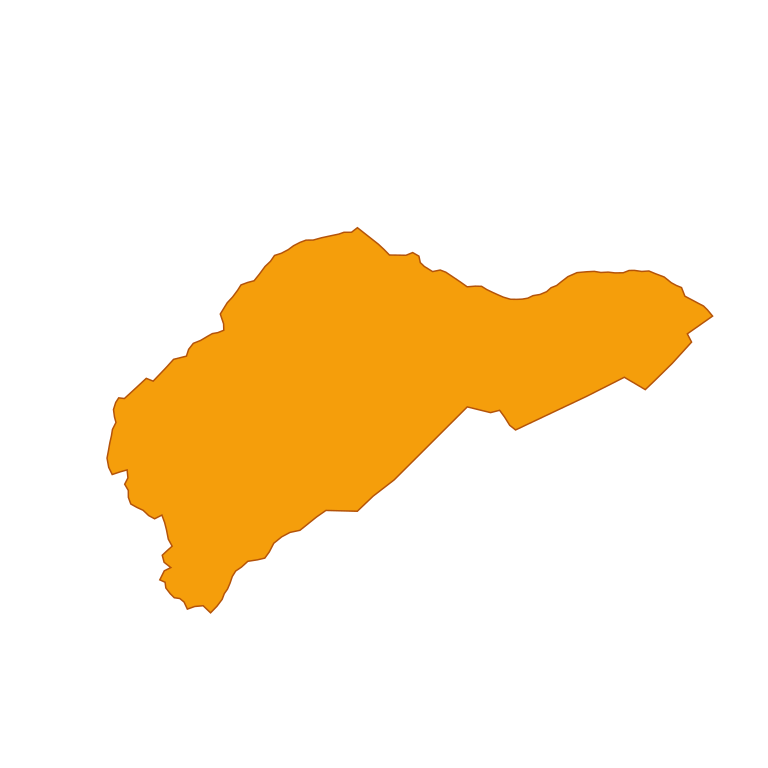 Quixabeira, Bahia, Brazil, rotated 51°
{"feature_id": "56859067B9726767352662", "entity_name": "Quixabeira", "entity_type": "district", "adm_level": 2, "iso_a3": "BRA", "parent_name": "Brazil", "parent_adm1": "Bahia", "projection": "mercator", "projection_center": [-40.125, -11.381], "detail": "fine", "context": "isolated", "style": "filled", "palette": "amber", "viewbox_px": 768, "rotation_deg": 51, "n_neighbors": 0, "source": "geoboundaries", "source_scale": "gbopen_adm2", "svg_char_len": 2224}
<svg xmlns="http://www.w3.org/2000/svg" viewBox="0 0 768 768"><g transform="rotate(51 384 384)"><path d="M438.2,139.3L433.8,145.3L428.8,149.7L424.5,155.6L418.9,163.9L416.3,173.5L416.1,181.8L416.1,187.9L414.3,193.6L414.6,199.5L412.6,206.4L409.1,212.6L407.8,218.2L405.0,223.2L401.8,227.5L397.7,232.4L391.6,236.6L386.4,239.3L381.2,241.9L375.3,244.7L369.5,246.7L365.4,251.5L360.8,258.2L352.9,260.4L344.4,263.0L336.0,265.6L330.8,268.6L327.2,275.5L318.0,278.7L312.5,279.4L306.6,276.4L299.9,279.0L297.8,285.9L292.6,292.1L287.2,298.6L279.6,299.3L271.8,300.4L245.8,306.3L245.6,313.8L240.9,319.6L239.1,324.7L235.6,331.5L231.0,340.6L227.6,348.4L223.1,354.1L221.1,360.1L219.6,367.3L219.3,374.0L217.8,381.5L215.2,388.2L217.2,395.0L217.8,402.5L220.2,411.7L222.0,420.0L219.3,426.0L217.0,432.8L219.0,438.7L221.1,446.9L222.2,454.7L224.3,460.7L226.6,467.2L236.3,470.8L241.4,474.7L239.5,480.8L236.8,485.7L235.9,491.0L234.7,499.2L232.4,506.6L234.1,514.0L238.0,520.0L232.4,532.0L234.1,542.9L236.5,561.6L230.0,565.2L231.3,584.8L231.9,594.9L227.8,598.9L229.5,604.1L233.6,610.3L240.0,614.2L245.2,616.5L248.4,623.6L252.7,628.4L257.1,634.0L263.0,640.8L267.3,645.9L275.5,650.4L283.3,652.2L286.3,644.2L289.1,637.7L295.8,642.1L298.7,648.6L305.8,649.7L311.2,654.0L317.9,656.3L324.4,653.7L330.5,650.7L338.1,649.7L344.4,647.1L346.1,639.1L353.7,641.7L360.4,644.8L368.9,649.3L376.7,650.7L377.0,656.9L377.5,664.1L384.2,667.1L392.5,665.2L390.9,672.3L395.1,681.5L400.3,678.9L405.2,681.9L412.5,682.1L418.1,681.5L422.2,677.7L427.6,676.6L435.2,678.5L437.8,671.1L442.5,664.1L452.7,662.8L451.6,653.7L449.5,645.3L446.4,640.0L444.9,634.7L441.9,629.0L438.1,623.0L436.0,616.9L436.6,610.0L436.1,601.4L441.0,593.0L444.3,586.2L442.3,578.8L438.4,569.9L438.4,559.6L440.2,550.4L444.8,541.4L444.9,520.0L445.7,508.7L466.1,484.8L464.3,463.0L464.9,436.4L454.2,333.7L473.3,319.2L477.2,310.7L485.6,311.1L495.2,312.3L502.5,310.7L521.1,234.3L530.0,193.0L552.8,184.5L551.7,171.3L549.3,146.7L545.0,118.6L535.9,116.7L538.0,85.9L529.8,86.0L524.5,86.6L519.2,88.9L513.5,91.3L505.1,94.9L496.3,92.1L491.4,94.8L486.1,97.0L477.2,98.9L469.0,103.7L462.9,107.0L458.7,112.9L453.3,117.9L450.0,122.1L448.1,128.1L443.1,134.5L438.2,139.3Z" fill="#f59e0b" stroke="#b45309" stroke-width="1.5"/></g></svg>